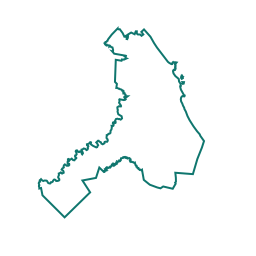 outline of Mazatlán, Sinaloa, Mexico, rotated 191°
{"feature_id": "50627088B53659635813519", "entity_name": "Mazatlán", "entity_type": "district", "adm_level": 2, "iso_a3": "MEX", "parent_name": "Mexico", "parent_adm1": "Sinaloa", "projection": "mercator", "projection_center": [-106.27, 23.48], "detail": "fine", "context": "isolated", "style": "outline", "palette": "teal", "viewbox_px": 256, "rotation_deg": 191, "n_neighbors": 0, "source": "geoboundaries", "source_scale": "gbopen_adm2", "svg_char_len": 5846}
<svg xmlns="http://www.w3.org/2000/svg" viewBox="0 0 256 256"><g transform="rotate(191 128 128)"><path d="M199.1,45.6L173.2,28.2L152.9,57.6L162.7,67.8L149.9,72.9L148.6,83.7L143.2,80.2L142.7,80.4L142.6,80.9L143.0,81.1L142.3,81.5L142.8,81.5L143.0,81.8L142.5,82.4L141.9,82.5L142.3,83.0L141.7,83.0L141.8,83.3L142.2,83.3L142.1,83.6L141.2,83.6L141.5,84.2L142.0,84.5L141.9,84.8L141.2,85.5L140.0,85.0L139.4,85.1L139.3,85.5L138.8,86.0L137.9,85.8L137.4,86.8L137.7,87.1L136.7,87.8L136.9,89.1L136.3,89.5L136.3,88.9L135.9,88.7L135.8,90.3L135.4,90.3L135.2,89.9L134.5,90.0L134.7,89.5L134.3,88.6L133.4,89.6L133.6,89.9L133.2,90.1L133.6,90.3L132.8,90.6L133.0,90.8L133.0,91.8L132.4,91.8L132.5,91.1L131.9,91.6L131.9,92.4L132.2,93.1L131.5,93.0L130.5,93.3L130.3,93.6L130.7,93.9L130.5,94.5L129.4,94.2L129.1,95.3L129.6,95.8L129.0,95.6L129.1,96.9L127.9,97.4L127.7,97.8L128.0,98.2L127.1,97.7L126.4,98.3L126.7,98.6L126.0,98.9L125.5,98.7L125.2,98.9L124.8,98.3L123.9,98.9L123.6,98.3L123.0,98.5L122.9,98.0L122.6,97.9L122.0,98.4L121.7,98.3L120.8,98.7L120.3,98.0L119.6,97.9L119.4,97.6L119.4,96.7L119.9,96.2L119.3,95.4L118.6,95.6L118.4,95.3L117.8,95.6L117.1,95.3L116.4,95.5L115.1,94.8L114.6,95.3L113.5,93.0L112.5,92.7L112.6,92.1L112.4,91.6L111.7,91.5L111.1,90.6L110.2,90.8L109.8,89.7L109.1,89.7L108.6,89.1L107.9,89.5L106.9,89.0L106.3,89.7L102.6,80.1L95.8,76.5L87.9,75.2L84.6,75.0L82.3,77.3L72.5,76.9L70.6,82.4L71.3,83.4L70.7,84.4L71.5,88.2L73.0,93.1L55.5,95.1L54.0,110.9L51.7,123.0L50.9,129.7L55.5,134.1L56.4,135.5L59.6,138.0L64.0,142.1L69.0,147.4L71.9,151.1L74.4,155.2L76.3,157.5L76.7,158.6L78.3,160.5L79.4,162.4L80.9,164.2L81.6,166.1L81.7,167.5L81.5,168.5L80.7,169.7L79.6,169.9L79.2,169.7L78.7,169.8L78.5,170.4L78.6,170.8L79.3,170.9L83.4,175.8L84.7,178.6L84.7,179.0L84.2,179.2L84.2,179.7L84.6,180.1L84.7,181.3L86.7,183.3L87.6,185.9L91.4,188.0L93.7,190.2L94.5,191.9L94.7,192.6L94.4,193.6L93.9,194.1L93.6,193.6L93.0,193.9L93.1,194.6L92.6,195.1L92.7,196.0L93.3,196.3L93.5,196.9L93.1,197.6L93.3,198.0L93.2,198.5L93.4,198.9L93.8,198.9L94.0,199.3L93.9,199.7L93.5,199.8L93.5,200.3L92.8,201.6L93.7,201.6L94.1,200.9L94.9,200.9L95.4,201.1L95.2,201.3L95.9,201.0L96.3,201.3L96.8,200.6L96.7,200.2L96.4,200.4L96.8,199.2L97.6,199.0L100.0,199.8L101.5,200.6L114.9,212.5L118.6,216.3L123.4,221.9L131.1,227.8L133.2,224.9L130.8,222.7L132.3,221.1L133.9,222.1L136.1,221.7L137.4,222.4L137.8,224.6L138.8,224.4L139.4,221.3L143.1,222.3L146.5,219.2L146.3,218.6L146.4,218.3L145.8,218.4L145.9,217.8L145.5,217.6L145.6,217.1L145.3,216.5L145.9,215.6L145.8,215.1L146.3,215.1L146.3,216.5L146.6,216.4L147.1,216.8L147.0,217.2L147.7,217.2L147.8,217.4L147.5,217.6L147.9,217.9L149.0,217.0L151.4,220.2L154.9,223.4L156.0,223.1L157.1,223.2L157.2,223.7L161.8,216.6L164.4,211.4L164.7,210.4L164.7,209.7L165.3,209.3L165.6,208.5L166.5,208.1L166.4,207.6L167.2,206.8L166.0,205.9L166.2,205.6L165.5,205.2L165.3,205.6L165.0,205.7L164.9,205.3L164.5,205.3L164.3,205.0L163.6,205.4L163.0,205.2L162.5,205.5L161.6,205.4L161.4,205.2L161.5,204.6L161.0,205.0L160.1,204.3L158.6,204.1L157.5,201.7L157.3,200.1L158.1,200.2L155.7,198.3L144.8,198.5L144.9,198.0L143.8,198.2L143.9,196.2L142.7,196.0L145.1,194.3L145.8,194.4L146.4,194.0L147.0,194.1L147.2,192.8L153.0,192.6L149.6,170.8L147.3,169.2L147.1,165.1L146.2,165.3L144.3,164.7L143.9,164.9L143.1,164.5L141.9,164.5L141.4,164.3L140.8,163.5L140.1,163.8L139.4,163.4L139.5,163.0L139.2,162.5L139.5,162.1L139.1,161.0L138.1,161.4L138.0,161.0L136.8,160.3L136.8,158.7L134.4,159.1L135.3,158.1L137.5,157.8L137.5,157.3L136.8,156.6L135.7,155.9L136.1,155.2L137.4,154.6L141.8,154.6L142.0,154.2L141.4,152.6L141.6,151.1L139.3,148.8L139.0,148.2L139.1,147.8L141.3,147.5L142.4,146.3L141.9,144.5L141.4,143.8L141.4,142.1L140.1,139.6L136.5,138.3L135.7,136.3L136.5,135.1L136.9,134.8L138.0,135.2L139.0,134.9L140.2,135.1L141.5,134.5L142.1,132.5L141.2,131.5L141.3,130.6L142.3,130.4L143.2,130.9L143.8,130.5L143.7,129.4L142.8,128.8L142.7,127.6L143.0,127.2L144.5,127.0L144.0,125.9L144.1,124.8L143.9,124.3L144.0,123.2L144.6,122.1L144.3,119.9L145.0,118.9L146.0,118.6L147.0,116.9L147.5,116.9L147.2,114.2L146.9,113.7L145.9,113.0L145.5,112.0L145.5,111.4L145.9,110.5L147.5,110.3L148.2,109.9L148.4,109.5L148.2,108.5L149.7,107.2L151.1,107.6L151.9,108.8L153.6,109.2L154.4,109.9L155.0,109.8L156.4,107.8L155.4,107.0L154.0,105.4L154.5,104.4L154.6,103.4L155.4,102.9L158.9,103.8L161.1,104.8L161.6,105.2L161.5,106.7L161.9,107.0L162.5,106.8L163.0,105.7L164.0,104.8L165.2,104.2L164.9,103.2L163.7,102.9L163.4,102.5L163.8,100.9L163.4,100.1L163.7,99.0L164.5,98.4L166.1,99.4L167.6,99.4L168.7,98.1L169.5,97.9L169.5,97.2L167.9,95.6L167.4,94.6L167.9,93.4L168.4,93.8L169.1,95.3L170.4,95.8L170.8,95.8L171.3,95.1L171.7,95.0L172.3,95.1L173.7,96.3L174.3,96.2L174.7,95.9L174.9,95.2L174.0,93.9L173.4,92.4L173.9,91.3L174.6,91.0L174.7,90.3L174.1,89.3L173.1,88.9L173.0,88.4L174.1,87.1L174.4,86.1L175.7,86.0L177.4,87.2L179.1,85.5L180.3,86.3L181.0,85.9L180.9,85.3L180.0,85.2L179.6,84.5L179.8,83.9L180.8,83.4L180.6,81.9L180.1,81.4L178.9,81.5L178.6,80.6L179.1,79.7L180.7,79.3L181.2,79.3L182.0,79.9L183.1,80.2L183.8,79.1L183.9,77.9L183.5,77.0L184.8,75.7L185.2,74.5L183.5,73.7L182.9,72.8L182.6,71.8L184.0,70.7L184.5,70.8L184.8,71.4L185.5,71.6L186.5,70.6L187.3,70.1L186.8,68.6L187.2,66.9L187.1,66.1L185.7,64.7L185.5,63.8L185.9,63.2L187.0,62.6L188.4,62.3L189.3,63.2L190.3,63.4L190.8,63.2L191.4,62.2L191.7,60.9L192.4,60.3L193.4,60.0L193.6,58.9L194.0,58.6L195.7,58.7L197.6,60.7L198.1,60.8L200.0,60.5L201.1,59.8L202.3,60.2L203.6,61.2L204.1,60.3L204.6,60.0L204.7,59.8L204.1,58.5L204.9,57.9L205.1,56.8L204.1,55.0L204.4,54.6L204.3,53.7L203.7,52.7L203.5,51.7L201.9,52.5L199.1,45.6ZM85.6,188.5L85.4,187.2L84.6,186.5L83.6,187.5L83.8,188.0L84.9,188.3L84.6,188.6L85.0,188.6L85.3,189.2L85.6,188.5ZM82.7,181.8L81.8,182.2L81.8,183.7L83.1,183.5L82.9,183.3L83.3,182.4L82.7,181.8ZM84.5,190.5L85.4,189.8L85.3,189.2L84.5,190.5Z" fill="none" stroke="#0f766e" stroke-width="2"/></g></svg>